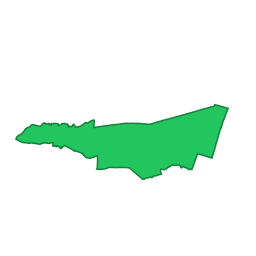 outline of Fantanele, Prahova, Romania, rotated 305°
{"feature_id": "2599482B12219872135707", "entity_name": "Fantanele", "entity_type": "district", "adm_level": 2, "iso_a3": "ROU", "parent_name": "Romania", "parent_adm1": "Prahova", "projection": "robinson", "projection_center": [26.36, 45.022], "detail": "fine", "context": "isolated", "style": "filled", "palette": "green", "viewbox_px": 256, "rotation_deg": 305, "n_neighbors": 0, "source": "geoboundaries", "source_scale": "gbopen_adm2", "svg_char_len": 5299}
<svg xmlns="http://www.w3.org/2000/svg" viewBox="0 0 256 256"><g transform="rotate(305 128 128)"><path d="M181.1,204.4L188.0,202.0L188.9,201.9L189.4,201.8L195.3,200.2L196.4,200.0L201.5,198.7L197.0,185.8L195.5,186.2L186.6,178.8L181.8,175.0L177.9,171.8L177.7,171.6L177.2,171.3L173.6,168.3L164.8,161.1L164.1,160.5L161.5,158.4L154.7,152.6L148.3,147.5L143.6,143.9L138.9,135.8L138.3,134.9L136.4,132.0L135.7,131.1L135.5,130.9L135.5,130.7L135.4,130.6L135.2,130.3L134.7,129.4L134.3,128.9L133.6,127.7L132.4,126.3L131.8,125.2L131.1,124.3L130.7,123.6L128.2,120.8L127.1,119.7L126.5,119.1L124.1,116.4L121.4,113.2L116.7,108.2L115.8,107.2L115.1,106.4L109.6,100.6L109.1,100.4L108.9,100.1L108.9,99.6L111.9,97.9L114.0,96.5L114.7,96.1L115.0,95.7L114.8,95.3L114.6,95.0L114.4,94.8L113.6,94.3L112.8,93.8L111.6,93.1L108.7,92.1L108.6,91.5L108.3,90.6L108.0,90.0L107.9,89.9L107.3,89.9L107.0,89.9L106.7,89.7L106.0,89.3L104.3,89.0L103.8,88.7L103.0,88.4L102.9,88.4L102.5,88.2L101.6,87.4L101.0,87.0L100.2,86.3L99.1,85.2L99.0,84.9L98.8,84.8L98.9,83.8L98.9,83.7L99.4,83.2L99.5,83.0L99.5,82.9L99.3,82.3L99.3,82.1L99.5,81.9L99.9,81.7L99.7,81.5L99.5,81.4L99.5,81.2L98.9,81.0L98.7,81.0L98.1,81.0L97.7,81.1L97.2,81.3L96.9,81.2L96.5,80.5L96.2,79.6L95.7,79.5L95.5,79.0L94.9,79.0L94.8,78.9L95.0,78.6L95.3,78.5L95.5,78.4L95.6,78.2L95.3,78.2L95.0,78.0L95.2,77.8L95.4,77.9L95.4,77.7L95.6,77.7L95.7,77.4L95.7,77.2L96.0,76.9L96.5,76.4L96.5,75.8L96.3,75.8L96.0,75.7L95.7,75.7L95.4,75.2L95.4,74.3L95.5,74.0L95.6,73.8L95.3,73.3L94.9,72.9L94.7,72.5L94.4,72.1L93.9,71.8L93.5,71.4L93.1,71.3L92.8,71.4L92.7,71.4L92.3,71.1L92.1,71.0L91.6,70.6L90.9,70.5L90.5,70.0L90.1,69.9L90.0,69.6L90.2,69.2L90.5,69.0L91.2,68.6L91.1,68.0L90.9,67.6L90.5,66.9L90.3,66.2L90.1,65.9L89.2,64.7L88.2,63.8L88.1,63.5L87.8,62.7L86.3,63.3L85.7,62.2L86.3,61.9L86.3,60.6L85.9,60.6L85.5,60.1L85.1,59.9L85.1,59.5L84.7,58.8L84.3,58.4L83.9,57.8L84.3,57.5L84.3,57.4L84.3,57.2L84.1,56.9L84.1,56.7L83.9,56.8L83.4,56.0L83.0,55.7L82.7,55.6L82.2,55.6L81.4,55.7L80.3,55.7L79.9,55.7L79.5,55.5L79.1,55.2L78.9,54.9L78.7,54.4L78.3,53.6L77.5,51.6L77.2,50.5L77.0,49.6L76.4,48.8L76.1,48.2L75.6,47.4L75.1,47.2L74.6,47.0L73.8,47.0L72.8,47.0L72.3,46.9L72.0,46.7L71.7,46.1L71.5,45.9L70.7,45.5L69.6,45.1L69.0,44.7L68.4,44.5L67.6,44.5L66.7,44.6L66.0,44.6L63.7,44.3L62.4,44.5L62.2,44.4L61.1,43.7L60.3,43.3L60.2,43.2L59.8,42.9L59.5,42.7L58.9,42.5L57.7,42.3L56.6,42.0L55.8,42.2L54.5,42.8L54.8,44.0L54.9,45.8L55.2,48.1L55.3,48.9L55.5,49.3L56.3,51.2L57.2,52.7L57.7,53.4L58.0,54.0L58.2,54.8L58.4,55.1L58.7,55.6L59.3,56.2L60.1,57.1L60.4,57.5L60.6,57.9L61.0,58.8L61.9,60.6L62.7,61.7L63.0,62.9L63.2,63.5L64.1,64.9L64.6,65.6L65.2,65.8L65.7,66.1L66.5,66.6L67.1,67.3L68.4,68.9L68.8,69.6L69.0,69.8L69.5,71.3L69.8,71.8L70.2,72.2L72.5,74.4L72.8,74.9L72.9,75.2L72.6,75.3L72.2,75.6L70.6,76.3L70.3,76.5L70.6,77.4L71.0,78.0L70.8,78.0L71.4,78.7L71.6,79.0L71.5,79.4L71.8,79.9L71.9,80.2L72.7,79.9L72.9,80.4L73.1,80.9L73.2,81.2L73.0,81.3L73.1,81.5L73.1,82.1L72.9,82.6L72.7,83.1L73.1,83.2L73.0,83.4L72.8,83.8L72.8,84.1L73.8,84.2L73.7,84.7L73.4,84.8L73.1,84.7L73.1,85.3L73.6,85.3L74.3,85.1L74.8,85.1L75.0,85.2L75.6,85.7L75.8,85.7L77.2,85.8L78.5,95.6L78.4,96.0L78.3,96.5L78.4,97.0L78.5,97.6L79.0,97.6L79.1,98.3L79.6,99.7L80.0,101.1L80.4,102.4L80.7,104.1L80.9,104.8L81.1,105.1L81.3,105.5L80.9,105.7L80.5,106.1L80.4,106.3L80.1,107.8L79.9,109.3L79.9,110.6L80.0,111.2L80.2,111.6L80.3,112.0L80.6,112.5L81.7,114.5L81.8,114.6L82.1,114.9L83.1,115.5L84.8,116.9L86.3,117.6L87.4,118.9L86.8,119.6L84.1,121.6L83.3,122.1L82.0,122.9L81.3,123.4L78.3,125.3L77.1,126.0L76.9,126.0L76.5,125.8L76.4,125.8L76.4,126.1L77.5,128.0L78.5,129.6L78.8,129.9L79.3,130.4L80.3,131.3L80.5,131.5L80.8,132.1L81.0,132.3L81.7,132.8L82.2,133.2L82.5,133.4L83.1,134.0L84.8,135.0L85.1,135.3L85.3,135.6L85.4,135.9L85.7,136.2L86.1,137.0L86.5,137.4L88.5,140.7L89.7,142.2L91.7,145.0L92.3,145.9L92.6,146.4L94.5,149.1L95.5,150.9L96.3,152.3L96.1,152.5L95.9,153.7L95.8,154.8L95.6,157.4L95.0,163.5L94.7,166.6L94.5,168.7L94.3,169.1L94.6,169.5L95.0,170.2L95.7,170.8L96.2,171.1L96.8,171.5L97.6,171.8L98.2,172.4L98.9,173.3L99.9,173.8L100.3,174.1L100.5,174.5L100.7,174.8L100.8,175.4L100.9,175.8L101.2,176.1L101.6,176.3L103.2,176.6L104.1,177.1L104.3,177.2L104.5,178.1L104.8,178.4L105.3,178.7L105.7,178.9L106.9,179.7L108.0,180.8L109.3,181.7L109.5,181.8L109.7,181.6L109.8,181.3L109.9,181.0L110.4,180.3L111.0,179.6L112.7,178.5L112.9,178.4L113.0,178.4L113.1,178.5L113.5,179.3L113.9,179.7L114.1,180.0L114.3,181.1L114.4,181.4L114.7,181.9L115.1,182.1L115.7,182.2L116.6,182.8L117.1,183.0L118.5,183.3L119.3,183.3L119.6,183.5L119.8,184.2L119.8,184.3L120.2,184.5L121.3,184.7L121.8,184.8L122.9,185.3L123.3,185.7L123.5,186.0L123.6,186.6L123.7,186.9L124.1,187.6L125.0,188.8L125.7,189.6L126.8,190.7L127.1,191.0L127.1,191.5L127.1,192.0L126.8,192.4L126.7,192.7L126.2,193.8L126.0,194.4L126.0,194.7L126.1,194.9L126.3,195.0L126.7,194.9L127.8,194.5L128.0,194.5L128.0,195.3L128.0,195.5L128.4,196.0L128.2,196.7L128.2,196.9L128.2,197.2L128.6,197.8L128.7,198.1L128.7,198.9L129.2,199.8L129.1,200.1L128.9,200.7L128.6,201.2L128.6,201.3L128.6,201.5L129.3,201.7L129.5,201.8L129.6,202.1L130.2,202.8L130.3,203.1L130.3,203.7L130.4,203.9L130.5,204.2L140.6,201.5L146.8,199.7L149.1,206.5L151.5,214.0L160.1,211.2L167.2,208.7L175.4,205.9L181.0,204.0L181.1,204.4Z" fill="#22c55e" stroke="#15803d" stroke-width="1.5"/></g></svg>